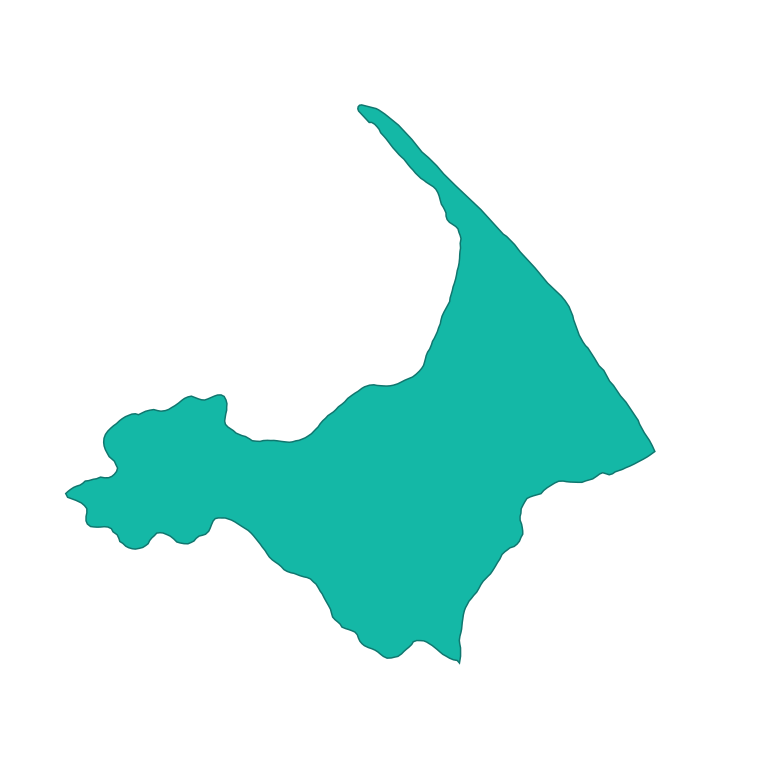 outline of I-2 Waini, Barima-Waini, Guyana, rotated 15°
{"feature_id": "73187651B25125705574502", "entity_name": "I-2 Waini", "entity_type": "district", "adm_level": 2, "iso_a3": "GUY", "parent_name": "Guyana", "parent_adm1": "Barima-Waini", "projection": "mercator", "projection_center": [-59.589, 7.691], "detail": "fine", "context": "isolated", "style": "filled", "palette": "teal", "viewbox_px": 768, "rotation_deg": 15, "n_neighbors": 0, "source": "geoboundaries", "source_scale": "gbopen_adm2", "svg_char_len": 5906}
<svg xmlns="http://www.w3.org/2000/svg" viewBox="0 0 768 768"><g transform="rotate(15 384 384)"><path d="M302.0,135.2L304.4,134.5L307.8,135.5L310.7,137.3L313.3,139.2L315.8,142.2L318.8,144.1L322.3,146.4L325.3,148.7L328.6,151.3L331.6,153.6L335.6,156.2L339.2,158.6L342.1,160.2L344.9,161.6L347.7,163.7L350.6,165.9L353.7,168.1L356.4,169.7L359.9,172.2L363.7,174.3L366.4,175.8L369.8,176.9L372.7,178.2L376.8,179.5L380.6,180.7L383.6,182.4L386.4,185.1L388.6,188.1L390.7,191.8L392.9,195.5L395.4,197.8L397.5,200.1L399.6,202.7L400.5,205.8L402.4,208.8L405.4,210.9L408.8,212.0L412.6,213.3L415.3,215.0L417.2,218.2L419.2,220.9L420.8,223.8L421.2,228.4L422.8,233.0L423.1,236.3L423.7,239.6L424.5,243.1L425.2,247.5L425.5,251.6L425.4,255.5L425.8,259.9L426.0,263.7L425.9,268.7L425.6,272.3L425.8,276.0L425.7,280.5L425.6,283.7L426.1,287.4L425.2,291.3L424.2,295.4L423.3,299.0L422.5,303.5L422.5,307.6L422.8,311.2L422.2,315.5L422.0,319.8L421.4,323.3L420.7,327.1L419.8,330.2L419.7,333.6L419.1,338.3L417.9,341.8L417.4,345.7L417.5,349.0L417.5,352.5L417.4,355.8L416.4,359.0L414.9,362.3L412.4,366.4L409.7,369.9L406.7,372.2L403.2,374.9L399.9,377.9L397.3,380.2L393.4,382.7L390.3,384.2L387.1,385.3L383.9,386.0L380.8,386.6L377.6,387.2L374.4,387.4L370.3,388.9L365.9,391.8L363.7,394.0L360.9,397.7L358.3,400.4L355.7,403.5L352.7,407.3L350.7,411.4L348.8,414.2L345.9,417.8L344.1,421.3L342.4,424.0L338.0,429.1L336.4,432.2L334.4,435.3L332.7,438.8L331.5,442.5L329.9,445.2L328.4,447.9L326.8,450.8L324.4,453.6L321.9,456.3L319.2,458.4L316.5,460.4L313.6,461.7L310.5,463.6L307.6,464.8L304.0,465.4L299.9,466.0L295.6,466.5L292.3,467.0L289.3,467.9L286.0,468.6L282.0,469.9L279.2,471.5L275.4,472.3L271.4,472.9L268.3,471.8L263.8,470.6L260.1,470.6L257.1,470.2L253.8,469.7L250.5,468.0L247.5,467.0L244.3,465.9L241.3,464.0L239.7,461.1L239.2,456.9L238.9,453.8L238.8,450.0L238.0,447.0L237.4,443.7L235.5,440.3L232.8,437.4L229.5,436.7L226.1,437.7L223.4,439.5L220.1,442.1L217.6,444.1L214.9,445.9L211.8,446.5L208.6,446.4L205.0,446.0L201.1,445.6L198.0,447.2L195.1,449.5L193.1,451.9L190.5,455.6L187.6,459.1L184.9,461.8L182.6,464.3L179.7,466.3L175.6,468.0L172.3,468.3L168.2,468.3L164.6,469.9L160.7,472.1L158.1,474.3L154.8,477.2L151.6,477.1L148.3,478.3L145.7,480.2L142.7,482.5L140.1,485.3L138.1,487.9L135.8,491.6L133.5,494.4L131.4,497.5L129.4,501.0L128.0,504.8L127.6,508.8L128.3,512.8L129.7,516.3L131.9,519.6L134.7,522.6L137.3,525.3L140.6,526.9L143.6,528.4L146.0,531.4L148.4,534.1L148.3,537.7L146.9,541.0L145.1,543.6L142.3,545.8L138.5,546.9L134.3,547.3L130.9,549.9L127.8,551.3L123.7,553.8L120.5,555.1L118.8,557.8L116.6,560.3L113.7,562.1L111.0,564.2L108.5,567.0L106.6,569.5L104.9,572.2L107.7,575.3L116.5,576.1L122.5,577.2L126.2,579.0L129.2,581.3L130.3,585.2L130.5,589.1L131.6,593.3L133.7,596.0L137.4,597.6L140.5,597.2L144.0,596.5L147.0,595.6L150.8,594.2L154.3,593.6L158.1,594.3L160.5,596.9L165.3,598.7L167.9,601.8L169.6,604.5L172.9,605.5L176.5,607.5L179.6,608.2L183.4,608.3L186.6,607.8L190.1,606.1L193.3,604.3L195.6,601.8L197.5,599.3L198.2,595.8L199.6,592.7L201.4,590.0L203.1,586.8L206.1,585.6L209.1,585.1L213.8,585.7L217.0,586.3L220.9,588.0L224.7,590.2L228.1,590.3L232.1,590.0L236.0,589.1L238.8,586.9L241.1,584.8L242.5,581.7L244.8,578.7L247.9,577.0L250.5,575.3L252.8,571.6L253.4,568.4L253.8,564.5L254.4,560.6L255.8,557.7L258.7,556.2L262.3,555.3L265.4,554.5L268.7,554.7L271.9,554.9L275.7,555.8L279.7,557.1L282.8,558.1L286.0,559.1L290.6,560.5L294.4,562.5L297.2,564.3L300.5,566.7L303.2,568.7L305.8,570.6L308.5,572.9L312.2,575.6L315.2,578.4L318.0,580.8L321.6,582.8L325.0,584.1L328.7,585.4L331.7,586.8L335.5,589.2L339.0,590.1L343.0,590.4L346.1,590.2L352.6,590.9L356.7,591.0L359.7,590.8L363.4,591.3L367.2,593.5L370.2,594.9L373.2,597.7L376.1,600.7L378.6,602.7L381.8,606.3L384.0,608.6L387.8,612.4L390.6,615.4L392.7,619.1L394.7,622.4L397.6,624.3L400.7,625.7L403.8,627.3L406.3,629.7L410.4,630.2L413.5,630.3L416.7,630.6L420.0,631.1L423.1,633.1L425.1,636.1L427.3,638.7L429.9,640.5L432.7,641.8L436.9,642.6L441.1,642.9L444.3,643.4L447.4,644.4L450.8,646.0L453.9,647.3L457.9,648.0L462.0,646.7L464.7,645.2L468.0,643.5L470.8,640.1L472.5,637.1L474.2,634.5L476.1,631.9L478.2,628.4L479.0,625.4L482.0,623.3L485.3,622.5L488.8,621.8L492.0,622.2L495.2,623.2L498.2,624.1L503.9,626.6L507.1,628.2L510.8,629.9L514.4,630.8L518.4,631.9L522.4,632.4L526.3,632.1L529.1,634.0L528.4,627.1L527.2,622.6L526.2,619.0L524.5,615.6L523.1,612.2L522.6,608.0L522.6,603.9L522.4,600.7L521.3,594.0L520.9,590.5L520.4,586.4L520.3,582.2L520.6,579.1L521.6,575.0L522.3,571.8L524.0,568.3L525.3,565.1L527.4,561.1L528.5,557.1L529.5,552.7L530.9,548.7L532.6,545.7L534.2,542.8L536.0,539.8L537.3,536.1L538.8,531.1L539.8,527.3L541.2,523.1L542.1,518.1L544.1,514.8L546.1,512.3L548.0,509.7L551.8,507.2L554.0,504.2L555.5,500.8L556.0,496.7L556.9,493.1L556.0,490.0L554.7,486.9L553.2,483.8L550.7,480.3L549.7,476.7L549.7,473.5L548.8,469.0L549.7,464.6L550.5,461.4L551.7,457.6L554.3,455.3L557.3,453.3L564.0,449.3L565.9,445.4L568.5,441.9L571.1,439.1L574.6,435.4L577.9,432.7L582.1,431.4L585.6,431.1L589.2,430.5L597.5,428.6L600.7,427.7L603.9,425.4L610.2,421.6L613.5,417.8L615.6,415.1L618.2,413.1L621.8,413.2L625.0,413.4L627.9,411.6L630.1,409.0L636.7,404.5L639.2,402.3L642.9,399.5L646.5,396.4L650.0,393.1L653.9,389.5L657.1,386.3L659.2,383.9L661.7,380.8L663.1,379.1L659.1,374.2L654.9,369.7L648.1,363.8L641.3,356.7L638.8,353.2L637.6,352.2L622.4,338.9L615.4,334.2L606.0,326.0L601.2,322.9L592.8,314.0L586.9,310.7L580.6,304.6L571.6,296.4L568.7,294.8L565.3,291.9L559.9,286.3L556.8,281.8L550.5,272.8L548.7,269.3L542.6,261.3L537.5,256.8L532.5,253.2L515.9,244.2L512.4,241.7L499.7,232.7L481.3,221.1L473.9,215.4L473.7,215.3L464.2,209.7L460.4,208.4L433.9,191.4L432.5,190.5L401.6,173.8L393.0,168.9L387.2,165.6L378.5,159.6L368.5,153.9L360.6,150.1L353.1,144.6L347.7,140.6L331.0,130.2L315.1,123.1L312.3,122.1L307.9,120.6L305.1,120.0L290.2,120.2L288.2,121.1L287.3,122.9L287.5,125.0L288.8,126.9L302.0,135.2Z" fill="#14b8a6" stroke="#0f766e" stroke-width="1.5"/></g></svg>